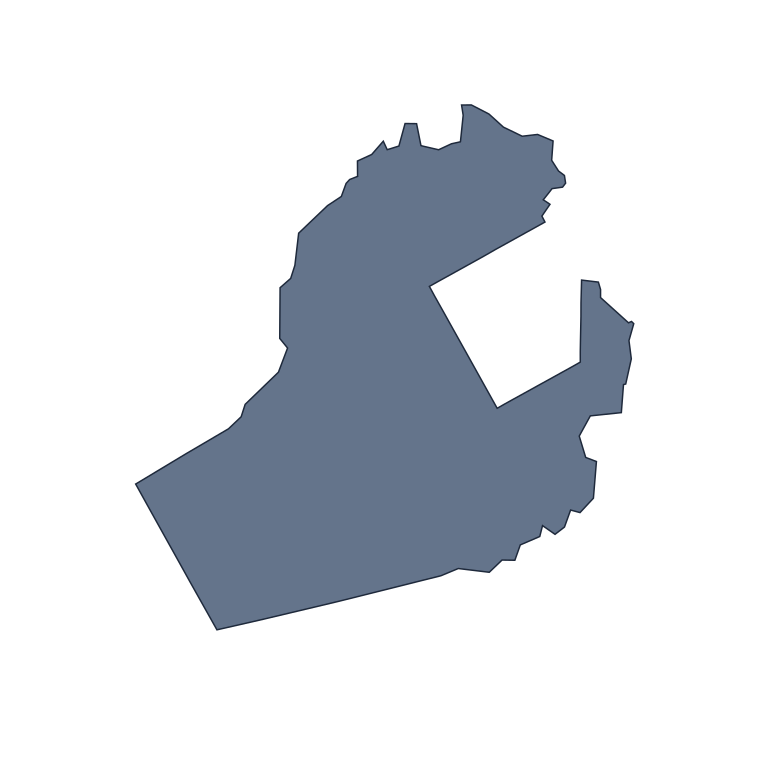 the district of Baltimore, Maryland, United States of America, rotated 241°
{"feature_id": "52423323B66089118468318", "entity_name": "Baltimore", "entity_type": "district", "adm_level": 2, "iso_a3": "USA", "parent_name": "United States of America", "parent_adm1": "Maryland", "projection": "equal_earth", "projection_center": [-76.574, 39.458], "detail": "fine", "context": "isolated", "style": "filled", "palette": "slate", "viewbox_px": 768, "rotation_deg": 241, "n_neighbors": 0, "source": "geoboundaries", "source_scale": "gbopen_adm2", "svg_char_len": 1539}
<svg xmlns="http://www.w3.org/2000/svg" viewBox="0 0 768 768"><g transform="rotate(241 384 384)"><path d="M250.0,118.7L236.8,164.3L216.0,238.6L188.7,340.8L186.6,359.5L168.3,384.8L172.8,401.9L166.4,413.0L177.2,425.2L175.1,446.3L183.3,454.0L169.6,460.7L171.4,472.5L183.3,486.1L176.5,493.1L182.6,511.8L213.2,532.2L222.0,524.8L243.8,529.5L256.1,549.0L243.9,577.7L267.4,593.2L266.8,595.4L286.1,612.5L298.9,617.6L303.2,619.3L315.7,631.7L318.7,630.8L319.0,627.5L354.6,615.3L361.6,619.2L369.2,620.9L379.1,607.2L359.4,595.6L347.4,588.9L328.3,577.8L317.4,571.5L308.0,566.3L307.9,556.6L308.0,488.9L308.0,480.4L307.9,471.2L373.3,471.1L407.1,471.0L416.5,471.0L436.3,470.9L447.4,471.0L447.4,486.7L447.4,487.7L447.4,533.4L447.6,546.9L447.6,603.3L454.3,603.5L460.7,616.3L467.9,612.6L471.2,620.6L473.4,625.7L469.6,635.6L471.6,640.2L478.9,642.9L485.7,639.9L498.4,639.1L499.9,640.1L510.6,647.1L514.6,649.7L527.8,639.3L533.7,625.0L548.2,614.8L550.7,613.0L569.2,606.7L585.7,595.7L590.4,587.1L580.6,583.5L559.1,568.5L558.8,568.2L561.3,559.8L561.4,559.5L562.4,545.3L562.6,545.1L573.5,533.0L574.6,531.9L593.1,537.8L595.9,538.7L601.6,528.7L584.9,512.4L585.5,509.5L586.6,504.1L587.4,500.4L596.7,501.1L590.7,484.5L591.9,468.9L578.7,461.7L578.4,461.6L579.5,453.1L577.8,448.1L568.7,437.6L567.4,421.1L557.3,382.5L531.0,363.6L521.6,353.6L518.6,339.8L474.4,314.9L462.2,317.1L445.5,297.4L433.5,252.7L424.6,243.2L420.2,226.2L419.0,177.6L416.9,118.3L386.0,118.3L318.6,118.4L307.5,118.4L304.7,118.4L250.0,118.7Z" fill="#64748b" stroke="#1e293b" stroke-width="1.5"/></g></svg>